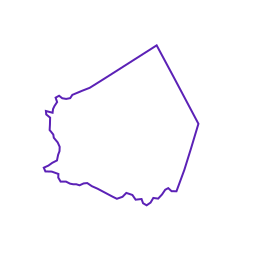 outline of Chã Preta, Alagoas, Brazil, rotated 306°
{"feature_id": "56859067B70513869216863", "entity_name": "Chã Preta", "entity_type": "district", "adm_level": 2, "iso_a3": "BRA", "parent_name": "Brazil", "parent_adm1": "Alagoas", "projection": "mercator", "projection_center": [-36.315, -9.242], "detail": "fine", "context": "isolated", "style": "outline", "palette": "violet", "viewbox_px": 256, "rotation_deg": 306, "n_neighbors": 0, "source": "geoboundaries", "source_scale": "gbopen_adm2", "svg_char_len": 869}
<svg xmlns="http://www.w3.org/2000/svg" viewBox="0 0 256 256"><g transform="rotate(306 128 128)"><path d="M45.0,105.0L48.2,109.4L48.9,113.8L50.3,116.8L52.1,119.3L53.2,122.5L57.1,124.7L59.5,127.4L59.7,133.0L61.0,139.1L63.4,156.0L64.2,160.6L69.1,164.0L74.5,164.8L76.4,170.9L74.5,176.3L78.5,180.7L76.0,184.4L76.4,188.5L80.9,190.1L86.3,189.6L88.6,193.9L94.2,194.6L99.9,194.4L103.0,195.9L102.5,200.4L105.3,204.4L127.2,198.2L148.2,191.1L172.8,182.5L196.0,135.1L211.7,102.6L156.4,80.8L138.0,73.4L131.0,68.9L122.1,63.5L118.2,63.7L115.2,60.9L113.4,57.3L113.6,53.3L110.0,51.6L107.3,55.4L102.5,55.6L99.3,56.2L96.0,58.0L93.5,51.6L90.9,53.9L90.6,58.9L84.8,62.9L80.3,65.8L78.8,71.4L76.5,73.7L75.0,79.6L72.6,83.8L69.0,86.2L65.3,87.2L60.0,89.6L55.3,87.2L50.8,85.7L46.4,83.2L44.3,86.7L47.9,91.9L49.9,98.7L46.9,100.7L45.0,105.0Z" fill="none" stroke="#5b21b6" stroke-width="2"/></g></svg>